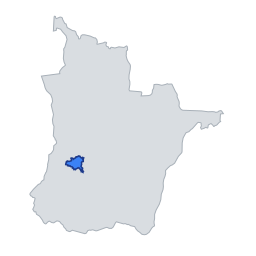 Lubutu, Maniema, Democratic Republic of the Congo (highlighted), rotated 183°
{"feature_id": "63176286B14336347527587", "entity_name": "Lubutu", "entity_type": "district", "adm_level": 2, "iso_a3": "COD", "parent_name": "Democratic Republic of the Congo", "parent_adm1": "Maniema", "projection": "natural_earth1", "projection_center": [26.789, -0.716], "detail": "fine", "context": "in_parent", "style": "filled", "palette": "blue", "viewbox_px": 256, "rotation_deg": 183, "n_neighbors": 0, "source": "geoboundaries", "source_scale": "gbopen_adm2", "svg_char_len": 6728}
<svg xmlns="http://www.w3.org/2000/svg" viewBox="0 0 256 256"><g transform="rotate(183 128 128)"><path d="M217.2,175.3L198.9,178.7L199.2,179.9L199.1,181.2L198.6,182.1L196.7,184.8L193.9,187.2L193.9,187.8L195.3,190.5L196.2,194.2L196.0,200.7L196.3,202.4L196.3,203.8L195.3,205.3L193.5,213.2L194.7,216.9L198.3,220.5L200.4,223.1L204.0,224.1L204.6,223.9L204.8,221.7L207.6,220.9L207.6,234.9L207.4,235.7L206.9,235.8L206.2,235.4L206.0,234.1L205.2,233.5L201.7,235.2L200.9,235.2L199.9,234.9L199.2,234.2L199.0,233.1L196.6,229.0L195.3,228.7L194.0,225.1L188.5,222.4L186.4,222.2L185.3,221.4L184.2,218.5L182.4,216.6L182.0,214.6L181.6,214.3L180.5,214.7L179.6,217.9L178.3,218.7L176.1,218.8L170.5,217.8L166.4,216.2L165.4,216.3L163.8,214.8L163.1,212.3L163.5,210.3L163.2,210.0L157.1,211.7L155.6,212.6L154.2,212.4L153.8,211.9L154.4,210.5L154.1,209.1L153.6,208.4L151.8,207.9L151.2,206.4L150.1,206.1L149.7,206.4L149.5,207.4L148.8,207.8L145.2,207.2L141.3,208.6L136.2,208.2L133.8,209.9L133.5,209.8L132.9,209.0L132.5,206.4L132.7,205.6L133.5,205.1L133.7,204.0L133.5,201.3L133.7,200.7L133.4,199.1L132.6,196.6L131.5,194.5L129.2,191.4L128.8,190.0L128.9,186.5L129.7,181.1L129.6,177.0L128.6,174.4L128.4,171.6L129.0,166.4L128.4,165.2L116.8,164.8L116.3,164.4L116.0,163.7L116.6,160.7L109.5,161.4L107.4,162.0L106.1,163.3L105.6,164.8L105.6,167.0L104.5,169.1L104.3,172.7L102.3,173.1L100.3,173.1L96.5,172.4L92.9,173.4L91.1,174.3L90.1,173.9L86.8,174.2L86.4,174.0L82.6,166.9L80.9,164.6L80.5,163.4L80.7,162.3L80.2,160.8L78.4,157.2L78.1,155.5L78.2,152.9L78.0,152.0L76.4,149.7L75.3,149.0L74.2,148.6L55.2,148.9L48.9,148.4L44.3,148.8L42.0,148.6L41.3,148.2L39.2,148.7L38.1,149.7L36.5,150.2L35.5,150.0L33.5,147.3L36.2,146.9L36.4,146.6L36.5,140.3L35.8,139.4L37.2,138.4L39.5,135.6L41.8,134.6L42.1,134.0L42.6,134.1L43.4,135.2L45.3,136.8L47.8,135.4L48.0,135.0L48.3,132.4L48.9,132.1L50.0,132.7L50.5,132.7L51.6,131.9L54.7,130.6L55.6,132.3L54.8,133.9L55.1,135.0L55.2,136.7L55.7,137.1L58.2,137.3L58.9,136.8L63.7,130.7L64.9,129.9L67.0,127.5L69.7,126.4L70.8,124.4L72.4,121.0L73.1,116.0L72.8,107.4L73.0,106.2L76.2,102.3L79.6,95.3L81.9,93.4L83.6,92.7L86.2,90.1L88.3,87.5L88.0,84.4L88.5,81.8L89.6,78.5L90.0,75.0L89.6,71.3L89.8,68.3L91.3,63.6L91.5,58.1L92.8,53.4L95.6,47.6L96.9,43.2L96.7,38.9L97.1,35.8L96.9,33.9L96.4,32.3L96.7,31.3L97.7,30.8L99.1,29.2L101.4,25.0L103.9,22.9L105.7,22.3L107.5,22.4L108.7,22.7L110.7,24.4L112.9,25.7L114.6,27.4L116.2,29.9L120.1,30.5L121.8,31.4L122.8,31.8L123.2,31.5L124.0,31.7L125.9,32.4L127.4,32.0L134.7,33.7L135.5,32.8L137.5,28.4L139.1,26.9L141.6,26.8L143.5,27.6L144.5,27.6L153.5,23.8L154.7,23.6L157.9,24.5L160.0,23.9L160.9,24.1L162.7,23.5L164.2,20.8L165.5,20.2L178.3,23.0L180.3,21.6L181.2,21.5L184.1,22.5L185.0,24.1L186.7,25.5L187.9,27.8L189.8,29.1L190.8,30.4L191.9,31.2L194.2,31.5L197.2,29.4L199.3,29.6L201.4,30.8L202.2,30.7L203.7,29.5L204.6,28.2L205.4,27.9L206.6,28.5L207.7,29.7L208.6,31.5L211.8,35.4L214.9,37.1L215.7,39.6L216.8,39.3L217.4,39.6L218.2,41.1L218.7,41.4L218.8,42.0L218.1,43.5L217.3,46.2L218.3,47.9L217.5,50.4L217.1,53.0L218.1,53.6L219.4,53.6L220.6,54.9L221.5,55.1L222.5,56.5L222.3,57.7L219.2,61.9L214.6,67.0L213.1,67.6L212.3,68.5L211.7,70.0L210.3,71.3L209.3,71.8L209.2,75.5L207.7,79.3L207.1,80.1L206.2,86.3L206.4,87.3L205.5,92.4L205.7,97.1L203.4,98.6L201.9,100.9L201.2,102.5L201.2,106.4L198.7,108.8L198.5,109.3L199.2,112.0L200.1,112.4L200.1,113.3L202.2,116.3L202.0,125.2L202.1,126.1L203.2,128.2L203.9,132.3L203.1,137.5L205.9,146.9L204.7,150.4L205.3,153.7L206.9,157.2L210.9,160.6L211.9,162.0L212.9,163.9L213.8,166.9L217.2,175.3Z" fill="#d9dde1" stroke="#a8b0b8" stroke-width="1"/><path d="M176.3,85.2L176.0,85.3L175.9,85.4L175.7,85.5L175.4,85.6L175.1,85.5L174.8,85.6L174.7,85.6L174.6,85.4L174.5,85.2L174.4,85.0L174.5,85.0L174.4,84.9L174.2,84.8L174.2,84.7L173.9,84.6L173.8,84.4L173.6,84.2L173.5,84.3L173.4,84.2L173.3,83.9L173.3,83.7L173.2,83.6L173.1,83.4L172.9,83.5L172.8,83.4L172.8,83.2L172.7,83.2L172.4,82.8L172.4,82.7L172.3,82.8L172.3,82.7L172.2,82.7L172.1,82.4L172.0,82.5L171.9,82.3L171.6,82.2L171.6,82.3L171.6,82.1L171.4,82.2L171.2,82.1L171.1,81.8L170.9,81.8L171.0,81.7L170.9,81.6L170.9,81.4L170.7,81.3L170.7,81.5L170.5,81.9L170.6,82.2L170.8,83.0L171.0,83.5L171.2,83.8L171.3,83.8L171.5,84.1L171.7,84.3L171.8,84.4L171.8,84.6L171.7,84.8L171.5,85.2L171.3,85.4L171.2,85.5L171.4,85.7L171.7,85.9L172.0,86.2L172.9,86.9L172.9,87.0L172.7,87.8L172.7,88.4L172.7,88.5L172.5,88.8L172.4,88.9L172.5,89.1L172.5,89.4L172.5,90.1L172.6,90.7L172.6,90.8L172.7,91.0L172.6,91.5L172.4,91.6L172.2,91.8L171.8,91.9L171.6,92.1L171.4,92.1L170.9,92.2L171.0,93.7L171.5,94.0L171.5,94.3L171.3,94.4L171.0,94.4L171.0,94.5L170.9,94.9L170.8,95.4L170.7,95.7L170.9,95.7L171.0,95.9L171.2,96.0L171.3,96.0L171.4,95.9L171.3,95.5L171.3,95.4L171.6,95.5L171.9,95.2L172.0,95.2L172.1,95.5L172.1,95.8L172.3,95.6L172.3,95.4L172.5,95.5L172.9,95.9L173.0,95.9L173.3,95.9L173.5,95.9L173.6,96.1L173.7,96.3L173.8,96.4L174.0,96.7L174.3,96.7L174.5,96.8L174.7,97.0L174.7,97.3L174.9,97.3L175.0,97.4L175.3,97.2L175.4,97.3L175.5,97.3L175.9,97.5L176.0,97.4L176.3,97.2L176.5,97.1L176.6,96.9L176.8,96.9L176.9,96.7L177.0,96.7L177.4,96.6L177.5,96.6L177.9,96.6L178.0,96.3L178.1,96.2L178.2,96.4L178.5,96.4L178.6,96.1L178.6,95.9L178.8,95.7L178.9,95.4L179.1,95.2L179.3,95.1L179.5,95.1L179.8,95.0L179.9,94.7L180.0,94.7L180.4,94.5L180.6,94.5L180.8,94.6L181.0,94.5L181.0,94.4L181.1,94.5L181.4,94.5L181.5,94.6L181.6,94.8L182.0,94.9L182.2,95.1L182.3,95.1L182.3,94.9L182.6,94.7L182.8,94.9L183.0,94.8L183.3,94.9L183.4,94.6L183.2,94.3L183.0,94.2L182.9,93.7L182.7,93.6L182.7,93.4L182.8,93.4L182.8,93.1L182.7,92.9L182.8,92.8L182.8,92.6L182.8,92.4L183.0,92.3L183.2,92.2L183.3,92.1L183.5,92.0L183.8,92.1L184.0,92.0L184.1,91.9L184.3,91.8L184.5,91.7L185.0,91.5L185.3,91.5L185.5,91.6L185.8,91.6L186.1,91.7L186.2,91.8L186.3,91.8L186.5,91.9L186.8,91.9L187.0,91.7L187.1,91.4L187.2,91.5L187.6,91.4L187.8,91.1L187.7,90.8L187.8,90.5L187.9,90.3L187.8,90.1L187.9,89.9L188.0,89.8L188.1,89.7L188.1,89.3L188.1,89.2L188.3,88.9L188.3,88.7L188.3,88.4L188.3,88.2L186.6,88.0L186.4,87.9L186.2,87.8L186.2,87.7L186.1,87.8L186.0,87.7L185.8,87.5L185.7,87.5L185.7,87.4L185.4,87.3L185.2,87.4L185.0,87.0L185.0,86.9L184.9,86.8L184.6,86.9L184.4,87.1L184.0,87.1L183.9,87.1L183.6,87.1L183.5,86.7L183.4,86.6L183.2,86.5L183.1,86.4L182.9,86.3L182.7,86.4L182.4,86.3L182.0,86.3L181.8,86.3L181.5,86.1L181.4,86.0L181.3,85.8L181.3,85.6L181.2,85.7L180.9,85.6L180.8,85.4L180.8,85.2L180.7,85.1L180.8,85.0L180.6,84.7L180.4,84.7L180.2,84.5L180.2,84.4L179.9,84.3L179.9,84.2L179.8,84.3L179.7,84.2L179.4,84.0L179.1,83.8L179.0,84.0L179.0,83.9L178.9,83.8L178.8,83.7L178.7,83.6L178.4,83.6L178.4,83.9L178.6,84.0L178.3,84.2L178.2,84.2L177.9,84.2L177.7,84.3L177.6,84.5L177.2,84.8L176.8,84.9L176.3,85.3L176.3,85.2Z" fill="#3b82f6" stroke="#1e3a8a" stroke-width="1.5"/></g></svg>